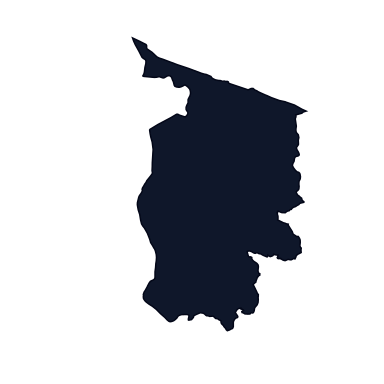 Aceh Tenggara, Aceh, Indonesia (Mercator projection), rotated 28°
{"feature_id": "22746128B65780821536148", "entity_name": "Aceh Tenggara", "entity_type": "district", "adm_level": 2, "iso_a3": "IDN", "parent_name": "Indonesia", "parent_adm1": "Aceh", "projection": "mercator", "projection_center": [97.723, 3.338], "detail": "fine", "context": "isolated", "style": "filled", "palette": "ink", "viewbox_px": 384, "rotation_deg": 28, "n_neighbors": 0, "source": "geoboundaries", "source_scale": "gbopen_adm2", "svg_char_len": 6058}
<svg xmlns="http://www.w3.org/2000/svg" viewBox="0 0 384 384"><g transform="rotate(28 192 192)"><path d="M251.9,300.1L253.2,298.2L255.7,295.1L256.1,294.7L258.6,293.8L259.4,293.7L261.1,294.0L261.9,294.3L263.0,294.4L264.4,293.7L265.9,293.6L268.9,291.7L270.3,292.0L272.2,292.6L274.1,291.9L274.5,291.9L275.7,292.2L276.7,292.1L278.2,292.3L278.9,293.5L279.6,294.2L280.1,294.5L282.5,295.2L283.5,295.9L285.8,296.7L286.8,297.5L288.3,297.9L289.9,296.2L290.8,294.7L291.7,293.7L291.9,293.0L291.7,291.5L289.7,287.7L289.4,286.9L289.4,286.1L289.3,285.0L289.6,283.5L290.1,282.5L291.0,281.6L291.1,280.8L290.9,280.5L290.5,280.1L287.9,278.7L286.9,278.2L286.8,277.8L286.9,275.5L287.2,274.2L287.4,273.6L288.5,272.4L289.3,272.0L289.6,271.6L289.9,272.1L290.4,272.5L290.9,272.0L291.4,271.9L292.2,272.1L292.6,271.9L293.0,272.2L292.7,272.5L292.7,273.6L292.1,274.0L292.1,274.3L292.7,274.8L292.9,274.5L293.2,274.4L293.6,274.8L294.4,274.7L296.0,274.8L297.4,274.1L298.6,273.6L300.3,272.6L300.7,272.0L300.7,271.0L301.0,270.7L302.1,270.5L302.7,269.9L302.8,269.5L302.7,267.8L301.8,265.2L301.8,264.3L302.5,261.0L302.2,258.6L300.9,255.6L299.5,253.6L299.7,253.4L298.7,251.4L297.0,250.7L296.6,250.2L292.0,246.8L289.4,245.0L290.0,243.2L290.7,241.5L290.3,240.6L289.7,235.9L290.0,236.0L290.3,234.4L290.9,233.6L290.2,232.3L289.2,232.7L289.0,232.3L288.2,231.5L288.5,231.2L288.2,231.5L287.5,231.0L287.0,230.0L285.8,227.0L285.3,226.2L284.5,225.3L282.9,224.6L281.6,224.4L279.1,224.2L277.2,223.6L276.7,223.2L275.7,222.5L275.5,221.7L274.3,221.7L273.8,221.9L273.3,222.4L272.2,222.4L271.1,221.4L268.7,218.9L268.8,218.7L268.8,218.4L269.6,217.6L270.6,217.0L272.7,216.7L274.9,216.8L275.9,216.7L276.7,216.4L277.3,215.6L278.2,215.0L280.2,215.0L281.6,214.4L284.5,214.5L288.8,214.1L288.9,213.1L288.6,212.2L289.6,212.5L290.2,212.2L291.0,212.4L291.5,212.3L292.8,210.9L293.3,210.1L293.5,208.5L293.8,208.6L294.2,208.6L297.5,207.5L297.7,207.4L297.8,208.1L298.1,208.5L298.0,209.0L298.2,209.5L298.1,210.0L298.8,210.4L299.8,210.2L300.0,209.8L300.7,209.6L301.2,209.6L301.4,209.0L302.0,209.0L302.4,209.3L304.4,209.4L305.9,209.1L306.7,208.7L307.9,207.0L308.8,206.2L310.4,205.8L311.5,205.2L313.2,202.8L314.3,202.8L314.3,201.0L314.0,199.8L314.1,198.7L314.9,196.9L315.7,195.9L316.8,194.2L315.3,191.8L315.1,190.9L314.7,190.3L314.4,190.0L313.9,190.0L312.7,189.1L312.4,188.6L311.2,185.6L310.0,183.6L308.6,182.4L306.7,181.4L306.4,181.4L305.5,182.2L304.3,182.0L301.6,181.8L300.9,181.6L299.1,179.9L292.3,176.0L292.1,175.2L290.2,175.8L289.2,175.8L286.9,176.3L280.7,176.4L280.5,175.3L279.5,173.4L278.7,172.4L277.7,171.5L277.5,170.9L277.2,170.8L277.0,170.0L276.6,170.1L276.5,169.8L276.4,169.9L276.6,169.6L277.1,169.4L276.9,168.6L277.0,168.4L279.7,168.2L281.1,168.0L284.1,166.5L284.6,165.2L285.3,164.0L286.6,162.9L286.8,161.7L287.3,161.0L287.9,160.7L287.9,159.7L288.7,157.9L290.3,156.2L290.9,154.9L292.2,153.0L292.5,151.6L292.8,151.1L295.5,148.7L295.6,148.4L295.3,148.0L293.9,147.8L293.2,147.5L292.7,147.2L291.7,146.0L289.8,145.7L288.1,145.2L287.2,145.2L286.4,144.9L284.7,143.8L284.2,143.4L283.9,142.8L284.6,141.2L284.9,140.1L284.9,139.1L284.0,136.9L282.6,134.8L281.5,132.5L281.4,129.6L280.6,127.6L279.0,125.5L278.2,124.9L277.0,124.5L275.4,124.9L273.1,124.3L270.3,123.0L268.6,121.8L268.1,121.2L267.7,119.5L267.7,117.0L266.7,114.1L266.7,112.8L266.8,112.2L268.8,110.3L269.2,109.5L269.2,108.8L268.3,107.7L266.7,106.5L265.1,105.6L263.6,104.2L263.4,103.9L263.4,103.3L263.7,100.3L263.5,99.7L261.5,96.3L260.8,93.8L259.0,91.6L256.2,90.5L255.2,89.4L254.2,87.7L253.2,84.9L248.8,78.9L248.5,76.9L247.9,75.7L247.4,75.2L252.0,70.9L252.7,69.1L254.8,67.0L250.2,67.3L241.7,67.1L232.9,68.5L231.8,68.6L226.3,70.2L217.8,71.4L212.9,71.7L211.4,71.9L205.6,72.3L202.9,72.4L202.0,72.2L199.5,72.4L197.4,71.9L196.3,72.4L195.6,72.9L193.8,75.2L193.3,75.5L173.4,78.8L172.7,78.0L172.3,77.7L171.4,77.7L169.6,78.7L168.4,78.9L166.9,80.0L165.0,80.2L162.7,81.2L159.9,82.0L157.2,82.1L155.7,81.8L154.5,81.1L149.5,81.5L147.3,82.2L144.3,82.8L131.1,84.5L119.2,86.5L103.7,88.5L100.5,89.1L98.3,89.2L97.2,89.1L91.1,87.4L85.5,86.8L84.9,86.6L84.4,86.2L83.1,83.9L82.2,83.4L75.2,83.5L67.2,83.9L69.7,86.2L72.7,88.5L78.9,92.5L84.6,96.5L86.3,96.9L88.4,97.0L89.1,97.3L89.6,97.8L90.1,98.4L91.0,100.4L91.9,103.9L93.7,108.6L94.1,110.5L94.1,112.6L94.3,112.7L95.1,112.6L96.3,112.1L104.9,108.5L106.7,107.4L108.7,105.7L109.1,105.5L112.5,105.0L113.4,104.6L113.9,104.1L115.4,101.6L116.0,100.8L116.7,100.3L117.6,99.9L118.4,99.8L119.3,100.0L120.1,100.3L122.5,102.5L123.7,103.3L126.2,106.1L127.3,106.7L129.1,106.5L131.2,105.7L132.0,105.2L133.1,104.1L134.3,102.5L135.3,101.0L135.6,100.7L137.4,100.9L139.0,101.2L141.2,102.0L141.9,102.4L142.7,103.2L143.6,104.3L144.4,105.6L145.0,107.6L145.1,111.9L145.3,112.6L146.5,114.7L146.7,115.5L146.7,117.8L147.0,119.9L148.0,121.8L148.7,122.4L150.6,123.4L151.2,123.9L151.6,125.1L151.5,127.1L150.8,128.7L150.0,129.1L145.0,130.0L143.0,130.0L142.3,130.3L141.8,130.7L138.5,136.2L130.3,148.3L125.5,156.4L125.5,157.2L127.6,160.1L129.8,162.8L133.4,166.6L137.7,172.7L143.2,184.8L145.0,188.3L146.7,191.9L148.3,194.0L148.0,196.9L146.8,203.2L146.9,205.2L146.5,207.5L146.6,208.5L146.4,211.7L146.7,213.1L147.5,214.0L147.7,214.8L147.7,217.0L147.3,219.9L147.4,221.5L148.8,227.0L149.6,228.7L150.3,229.7L152.9,233.0L156.4,236.4L159.8,240.9L162.4,243.8L164.5,245.1L166.8,246.1L171.9,249.3L176.8,253.5L179.3,256.1L182.3,257.8L184.6,259.3L185.6,259.8L186.3,260.3L187.4,261.3L189.9,264.1L191.4,266.5L192.8,269.6L193.7,272.2L195.3,275.8L196.8,279.8L199.4,284.7L199.7,285.8L199.6,286.8L199.2,287.7L197.2,290.3L196.9,292.4L196.9,295.8L197.0,296.7L196.9,301.1L196.7,302.7L197.1,305.3L197.7,306.1L198.2,307.4L199.0,308.6L199.6,309.1L201.4,310.1L203.0,310.6L206.6,311.2L210.7,311.5L215.6,312.4L221.3,314.2L226.9,315.5L230.1,316.6L232.2,317.0L233.2,316.9L233.6,316.8L234.8,315.9L235.9,314.7L236.4,314.0L237.1,312.5L237.8,310.4L237.9,308.9L238.1,307.7L239.0,306.5L240.3,305.2L243.8,303.2L245.2,302.5L246.3,302.2L247.1,302.3L247.6,303.0L248.4,305.9L248.9,306.7L249.3,306.7L251.5,304.9L252.1,302.2L252.0,301.4L251.6,300.6L251.9,300.1Z" fill="#0f172a" stroke="#020617" stroke-width="1.5"/></g></svg>